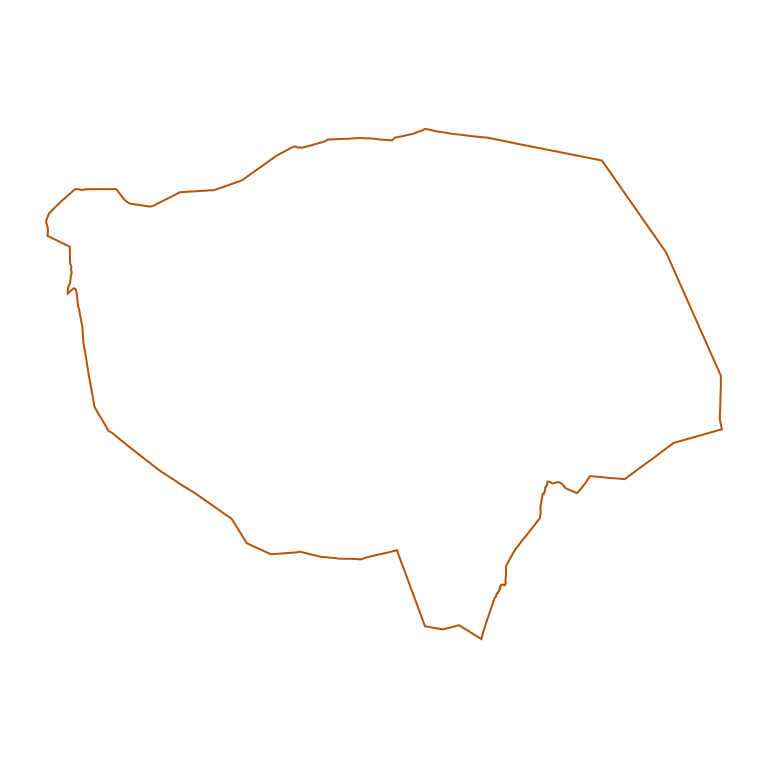 Selbu nor, Sør-Trøndelag, Norway
{"feature_id": "86288312B45972287407526", "entity_name": "Selbu nor", "entity_type": "district", "adm_level": 2, "iso_a3": "NOR", "parent_name": "Norway", "parent_adm1": "Sør-Trøndelag", "projection": "albers", "projection_center": [11.135, 63.176], "detail": "fine", "context": "isolated", "style": "outline", "palette": "amber", "viewbox_px": 768, "rotation_deg": 0, "n_neighbors": 0, "source": "geoboundaries", "source_scale": "gbopen_adm2", "svg_char_len": 5254}
<svg xmlns="http://www.w3.org/2000/svg" viewBox="0 0 768 768"><path d="M720.8,375.6L666.1,252.4L601.9,160.5L516.5,143.6L505.2,141.2L487.5,137.7L474.9,136.5L456.2,134.2L452.5,133.9L443.1,132.3L436.3,131.3L430.3,129.8L425.1,128.9L423.6,129.8L421.7,130.6L419.3,131.3L415.8,132.7L415.1,133.2L408.6,134.8L404.5,135.7L403.0,136.1L401.5,136.3L397.9,137.1L395.4,137.5L394.8,137.8L392.9,139.5L392.1,140.3L388.9,140.2L388.1,140.0L380.5,139.6L373.3,138.6L370.3,138.4L369.4,138.3L368.2,138.4L366.3,138.3L364.6,138.3L363.6,138.2L362.8,138.1L355.3,138.2L351.2,138.5L348.4,138.8L341.7,138.9L327.8,139.6L324.0,141.7L304.1,147.3L302.2,147.6L301.4,147.7L301.1,147.7L300.5,147.4L300.2,147.3L299.6,147.3L299.2,147.4L298.7,147.5L297.8,147.6L297.6,147.5L297.4,147.3L297.2,147.3L297.0,147.1L296.3,146.8L296.0,146.8L295.7,146.6L295.3,146.7L294.0,146.4L277.9,154.9L275.7,156.2L265.4,163.7L262.8,165.5L259.7,167.7L254.7,171.2L241.9,180.4L238.7,181.5L215.3,189.7L213.7,190.1L212.1,190.3L210.0,190.3L200.4,191.0L179.9,192.2L172.4,196.2L161.3,201.7L153.7,205.6L153.3,205.8L150.2,206.6L129.8,203.6L126.6,201.5L124.4,199.7L116.1,189.0L111.1,189.1L86.2,189.2L81.5,190.0L80.3,189.6L77.8,189.1L74.6,189.5L64.1,198.8L61.3,201.2L49.2,213.2L46.7,218.9L46.1,222.6L46.3,222.8L46.3,223.1L46.7,223.9L46.9,224.5L47.0,224.9L47.3,225.7L47.3,226.3L47.5,226.6L47.5,227.2L47.7,227.5L47.7,227.9L47.8,228.6L47.9,228.9L47.9,229.1L47.7,229.7L47.7,230.1L47.7,230.3L48.0,230.9L48.0,231.2L48.0,231.5L48.0,232.2L47.9,232.6L47.9,233.0L47.7,233.4L47.6,233.8L47.7,234.6L47.7,235.1L47.7,235.3L47.6,235.6L47.5,235.8L48.8,236.5L67.9,245.8L69.8,246.9L70.1,263.1L70.4,264.3L70.9,265.3L71.3,266.7L71.3,267.1L71.1,269.5L71.2,270.8L71.5,271.3L71.7,272.4L71.5,273.6L70.9,275.6L70.8,276.1L70.5,278.4L70.6,278.8L70.1,282.5L69.8,283.8L68.4,286.2L68.2,287.3L67.9,289.7L67.8,293.4L73.5,288.3L75.4,289.0L75.8,289.7L76.5,292.7L77.2,296.4L77.4,299.0L77.8,304.3L78.1,306.4L79.2,309.4L79.8,313.8L81.4,321.7L82.4,327.0L83.3,342.3L85.2,352.4L88.9,375.8L91.9,391.8L94.4,406.7L98.3,413.7L103.1,421.4L108.5,431.0L112.3,433.0L113.4,434.0L118.4,438.1L124.8,443.3L130.8,448.1L138.9,454.4L147.5,461.2L160.2,470.9L173.9,479.8L181.1,484.7L195.0,493.2L231.7,518.9L239.2,530.9L246.7,543.2L265.5,551.8L271.0,554.3L297.3,552.3L297.9,552.1L298.3,552.1L298.5,552.0L298.7,551.9L299.5,551.7L301.2,552.0L320.7,556.8L336.2,558.2L338.1,558.6L346.0,558.8L349.8,558.7L353.3,559.0L353.9,558.9L361.0,559.4L362.0,559.1L363.8,558.4L367.7,557.1L377.0,554.9L388.7,552.3L396.9,550.2L425.0,626.3L442.9,629.4L459.1,625.2L481.3,639.1L483.5,630.9L483.7,630.2L487.2,619.8L494.4,598.6L494.8,597.8L495.0,597.3L495.7,596.9L496.1,596.5L496.3,595.3L496.4,594.5L496.7,594.2L497.0,593.5L497.4,593.1L497.5,593.0L497.9,592.9L498.0,592.5L498.1,592.4L498.0,592.2L498.2,591.9L498.4,591.6L498.6,591.3L498.6,591.1L498.7,590.6L499.1,590.5L499.2,590.4L499.2,590.2L499.3,590.2L499.4,589.9L499.5,589.8L499.6,589.5L499.8,589.4L500.0,589.1L500.2,588.9L500.2,588.7L500.1,588.2L500.0,587.9L499.9,587.8L500.0,587.7L499.9,587.6L499.9,587.4L499.8,587.1L500.0,586.8L500.0,586.7L500.1,586.3L500.2,586.2L500.6,585.9L500.6,585.7L500.9,585.2L501.0,585.1L501.1,584.9L501.4,584.8L501.7,584.7L502.1,584.8L502.2,584.7L502.3,584.6L503.1,584.6L503.4,584.7L503.7,584.7L504.0,585.0L504.7,585.0L504.9,585.2L505.2,584.8L505.2,584.7L505.4,584.3L505.4,584.2L505.5,584.0L505.5,583.9L505.6,583.7L505.6,583.4L505.5,583.2L505.6,582.8L505.6,582.6L505.7,582.4L505.8,582.3L505.7,582.2L505.5,581.9L505.5,581.0L505.5,580.8L506.0,573.9L506.1,565.8L509.5,559.7L512.6,554.1L512.8,553.3L514.2,551.5L515.5,549.1L517.3,546.9L518.3,545.6L521.6,541.3L523.0,539.6L523.5,538.8L526.3,535.5L527.8,533.5L529.4,531.5L534.1,525.6L536.8,522.1L539.5,518.7L540.0,516.9L540.2,516.2L540.3,515.7L540.5,514.6L540.5,514.1L540.6,513.3L540.6,511.5L540.5,509.3L540.4,507.0L540.6,505.4L541.0,503.7L541.6,500.0L542.7,493.8L543.1,493.9L543.3,493.9L543.9,493.6L544.0,493.5L544.1,493.1L544.1,492.9L544.1,492.6L544.4,492.3L544.6,492.1L544.6,491.9L544.6,491.4L544.7,490.9L544.7,490.7L544.8,490.6L545.0,490.6L545.1,490.4L545.1,489.9L545.2,489.7L545.1,489.4L545.2,489.2L545.2,488.7L545.3,488.4L545.3,488.2L545.5,487.8L545.4,487.8L545.4,487.7L545.5,487.7L545.7,487.4L545.7,487.2L545.9,487.1L545.9,486.9L546.0,486.9L545.9,486.9L546.0,486.8L546.0,486.7L546.3,486.4L546.3,486.2L546.5,485.8L546.6,485.7L546.6,485.4L546.8,485.0L546.8,484.9L547.0,484.8L547.1,484.5L547.2,484.4L547.2,484.1L547.2,483.9L547.2,483.6L547.3,483.5L547.2,483.3L547.3,483.1L547.2,482.9L547.2,482.7L547.3,482.4L547.3,482.1L547.3,481.9L547.5,481.6L548.9,481.7L549.7,481.9L550.3,482.2L551.9,483.3L552.2,483.4L552.7,483.5L553.2,483.5L554.1,483.1L555.9,482.7L556.2,482.6L556.6,482.7L556.9,482.4L557.1,482.3L557.6,482.1L558.0,482.0L558.6,482.1L559.5,482.5L560.7,483.1L562.0,483.9L562.5,484.3L563.0,484.8L563.3,485.2L564.0,486.4L564.3,486.8L564.7,487.3L566.8,488.8L569.3,489.8L576.8,493.1L578.6,491.5L580.3,489.4L580.7,489.1L583.1,486.0L584.7,484.2L590.0,476.1L603.2,477.2L605.6,477.6L623.5,479.0L624.6,479.2L630.2,475.0L637.4,469.7L642.9,465.6L649.0,461.3L657.2,455.2L661.8,451.7L671.3,444.7L673.5,442.9L686.5,439.3L709.3,432.8L721.9,429.2L720.4,422.3L719.7,418.1L720.1,410.3L720.3,405.0L720.4,400.0L720.8,386.5L720.9,380.4L720.8,375.6Z" fill="none" stroke="#b45309" stroke-width="2"/></svg>